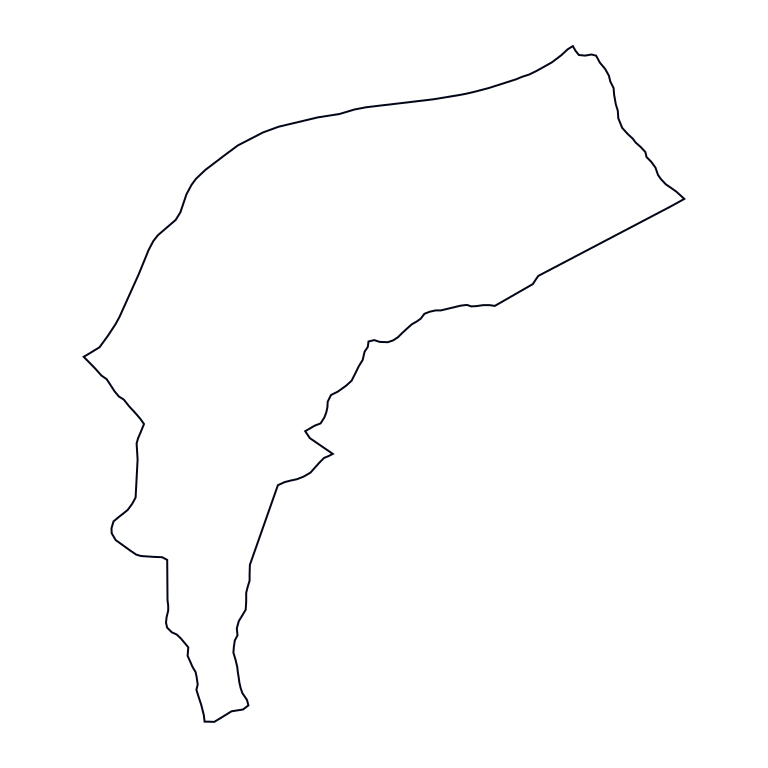 the district of Ilha Solteira, São Paulo, Brazil
{"feature_id": "56859067B71578707169668", "entity_name": "Ilha Solteira", "entity_type": "district", "adm_level": 2, "iso_a3": "BRA", "parent_name": "Brazil", "parent_adm1": "São Paulo", "projection": "albers", "projection_center": [-51.268, -20.481], "detail": "fine", "context": "isolated", "style": "outline", "palette": "ink", "viewbox_px": 768, "rotation_deg": 0, "n_neighbors": 0, "source": "geoboundaries", "source_scale": "gbopen_adm2", "svg_char_len": 2570}
<svg xmlns="http://www.w3.org/2000/svg" viewBox="0 0 768 768"><path d="M248.4,705.4L247.0,700.0L242.3,693.0L240.6,687.9L239.3,682.2L238.6,676.9L237.8,672.1L237.3,667.2L235.6,660.0L233.4,652.6L233.9,646.5L234.8,640.5L237.5,635.3L236.8,628.4L238.8,621.1L242.0,615.9L245.7,609.7L246.2,601.8L246.2,592.8L247.7,586.8L249.6,580.7L249.6,574.4L249.9,564.8L277.9,485.2L284.7,482.1L290.5,480.6L297.0,479.2L303.6,476.6L310.5,472.6L319.4,462.6L324.1,457.9L328.5,456.1L332.8,453.9L309.8,438.1L305.2,431.2L314.6,425.7L320.6,423.4L324.4,417.4L326.3,412.3L327.4,407.3L327.7,401.7L331.0,395.0L337.7,391.7L346.1,385.7L351.6,380.7L355.5,373.0L358.7,366.4L362.7,359.9L364.6,351.7L367.8,346.9L368.5,341.5L374.2,340.1L379.7,341.9L387.8,342.2L393.1,340.4L398.0,337.2L402.4,332.8L407.1,328.5L411.8,324.3L416.9,321.4L420.7,318.7L424.4,313.8L429.8,311.7L435.7,310.4L440.9,310.4L446.7,309.0L453.5,307.4L460.4,305.7L466.9,304.9L471.3,306.4L476.5,306.1L483.4,305.1L489.3,305.1L494.8,305.9L532.8,284.1L535.6,279.8L538.3,275.9L671.5,206.0L684.3,198.9L676.4,191.7L670.5,187.5L665.8,184.3L661.1,179.3L658.0,175.0L655.5,167.7L651.3,161.9L646.5,157.0L645.4,152.1L640.9,147.2L635.7,142.6L632.8,138.7L627.9,134.2L622.2,127.9L618.3,118.3L617.8,110.7L615.8,104.3L614.1,94.6L613.6,88.1L610.3,81.5L608.9,75.7L605.2,69.0L599.9,62.7L596.1,55.7L591.6,54.5L585.1,55.6L578.9,55.0L575.6,50.9L572.8,46.1L567.7,49.3L561.2,55.3L551.8,62.4L536.2,71.1L529.0,74.6L522.1,76.8L516.1,79.3L488.2,88.2L473.2,92.1L465.3,93.9L460.6,94.8L433.4,99.3L366.5,107.2L354.5,109.5L339.4,114.0L317.7,117.4L278.7,126.7L263.1,132.4L237.9,145.4L224.8,155.1L205.1,170.1L195.9,178.9L191.5,184.9L186.5,194.2L180.4,212.3L175.7,219.9L157.9,235.2L153.3,241.1L148.6,250.0L143.9,261.6L138.7,274.3L119.5,316.9L115.7,323.9L108.1,335.5L99.5,347.3L95.0,350.0L90.0,353.1L83.7,356.8L94.6,367.9L101.5,375.6L106.6,379.1L111.0,385.8L114.6,391.4L119.0,396.6L123.7,399.5L129.3,406.5L136.3,414.1L140.2,418.7L144.0,424.0L140.8,431.9L138.1,438.2L136.6,443.4L137.6,459.5L135.6,497.5L132.2,503.8L127.8,509.8L123.7,513.2L119.4,516.5L113.5,521.4L111.5,528.3L111.7,533.3L115.7,540.1L122.8,545.2L130.0,550.4L136.2,554.6L140.9,556.0L146.5,556.4L154.2,556.9L162.1,557.2L167.2,559.9L167.5,600.0L168.2,605.7L168.2,610.7L166.6,617.1L166.0,622.6L167.1,627.6L171.8,632.3L176.7,634.5L180.8,638.4L184.6,642.9L188.3,647.4L187.6,655.8L190.0,661.1L192.5,666.9L195.6,672.1L196.7,677.4L197.7,684.6L196.4,689.8L198.1,695.3L201.3,705.1L203.8,715.0L204.6,721.7L209.3,721.7L214.2,721.9L223.3,716.4L231.5,711.3L243.0,709.5L248.4,705.4Z" fill="none" stroke="#020617" stroke-width="2"/></svg>